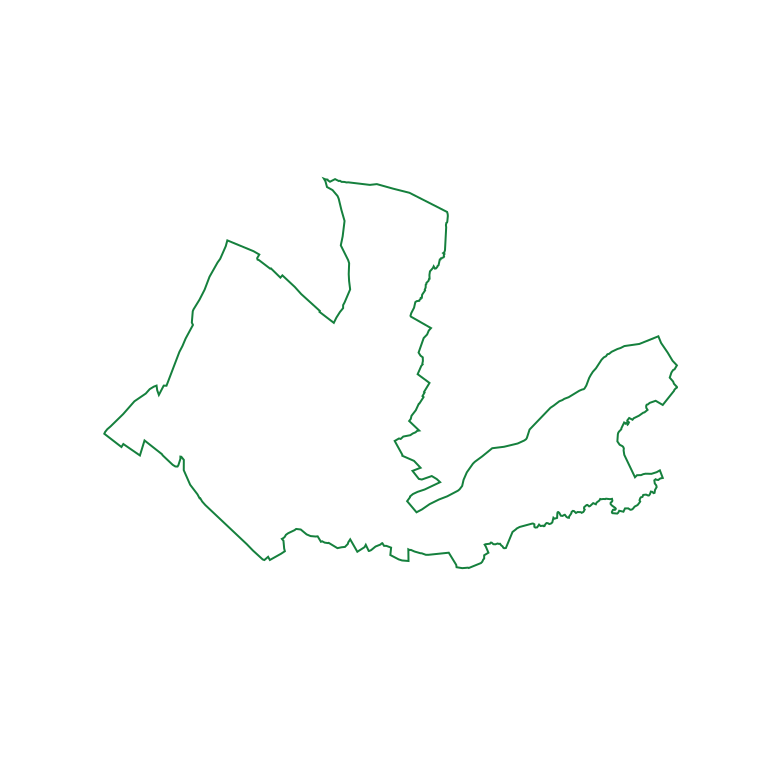 the district of Codaesti, Vaslui, Romania, rotated 67°
{"feature_id": "2599482B61991587301534", "entity_name": "Codaesti", "entity_type": "district", "adm_level": 2, "iso_a3": "ROU", "parent_name": "Romania", "parent_adm1": "Vaslui", "projection": "robinson", "projection_center": [27.774, 46.879], "detail": "fine", "context": "isolated", "style": "outline", "palette": "green", "viewbox_px": 768, "rotation_deg": 67, "n_neighbors": 0, "source": "geoboundaries", "source_scale": "gbopen_adm2", "svg_char_len": 6165}
<svg xmlns="http://www.w3.org/2000/svg" viewBox="0 0 768 768"><g transform="rotate(67 384 384)"><path d="M337.4,647.4L354.4,636.6L342.4,626.5L362.1,615.7L363.0,615.7L375.8,610.1L378.4,608.3L379.3,606.3L378.4,605.0L373.4,600.7L371.3,599.8L371.8,599.0L375.6,597.9L385.1,602.0L401.0,601.8L412.7,598.8L417.2,598.4L417.3,597.8L421.1,597.3L425.6,595.8L477.8,572.9L486.1,569.7L498.1,564.2L499.3,562.9L497.8,558.2L501.4,557.8L500.0,545.0L499.2,540.6L496.5,540.2L489.0,537.8L486.7,538.5L486.5,536.7L486.0,535.2L484.5,533.2L483.9,530.5L483.6,523.5L483.1,521.5L485.4,517.5L492.2,514.0L495.3,511.0L497.7,506.5L498.3,504.6L504.6,503.7L504.6,502.4L506.8,500.6L508.6,497.7L508.6,497.0L516.9,491.0L517.7,486.9L518.7,483.6L517.1,479.8L515.8,478.8L513.8,475.8L528.0,474.1L526.6,465.7L524.9,463.6L531.7,463.3L531.9,462.8L531.9,460.8L530.3,455.3L530.4,450.0L529.8,448.3L529.9,447.7L533.0,447.2L533.9,445.1L537.4,441.4L543.9,445.0L551.2,439.0L553.5,436.3L556.5,430.6L545.7,426.2L546.9,425.2L547.2,424.1L550.1,421.4L554.0,416.6L554.6,415.4L557.6,412.2L558.6,409.8L564.6,390.3L578.7,388.2L581.0,388.8L584.1,383.9L585.9,378.4L586.5,377.9L586.7,364.7L586.0,363.0L584.4,361.3L583.8,360.0L580.8,358.7L580.1,353.8L573.5,353.8L571.2,354.1L571.2,353.0L572.4,348.9L571.7,347.7L572.1,346.9L574.2,345.9L575.1,344.1L575.2,341.8L576.1,340.7L576.4,339.6L578.3,339.2L579.8,338.3L581.2,338.2L582.1,337.6L582.6,335.9L570.4,323.5L569.2,318.9L568.9,318.5L568.6,315.0L570.4,302.0L570.9,301.1L571.9,300.4L574.2,301.4L575.3,300.8L575.8,299.0L574.0,296.2L575.9,295.4L576.6,292.8L577.2,292.7L577.5,291.8L576.3,290.5L575.5,288.8L576.1,287.6L577.5,286.6L577.7,284.9L577.2,283.2L573.3,280.3L574.6,279.7L574.9,277.0L570.5,274.8L569.9,274.2L570.0,273.6L571.1,273.0L574.3,272.7L575.2,271.2L574.9,269.1L575.1,268.6L577.8,267.9L579.0,266.9L579.4,266.0L578.4,265.5L576.4,262.3L575.0,261.2L574.6,259.7L575.2,258.8L577.7,257.7L577.5,255.8L578.9,252.9L579.8,252.4L579.7,250.6L579.3,249.9L578.0,248.3L577.0,248.6L575.6,247.9L574.6,244.9L574.8,244.0L576.8,243.0L576.8,241.9L575.4,238.0L577.5,236.0L576.2,234.6L575.4,231.3L574.3,229.9L575.0,229.0L575.5,227.1L576.4,225.3L576.3,224.5L578.4,220.8L578.8,219.0L580.7,219.4L581.3,220.0L581.8,221.7L582.9,222.3L584.7,221.8L588.5,219.5L589.5,219.4L590.1,220.7L589.3,221.8L589.3,222.4L590.9,224.3L591.6,224.4L592.2,224.1L594.4,219.9L594.0,218.7L592.6,217.0L595.1,213.5L592.7,210.8L593.9,207.8L596.0,206.4L596.4,205.0L596.1,203.6L594.8,201.2L594.5,197.9L593.3,195.7L592.3,194.1L590.8,194.2L589.2,192.7L588.7,191.9L588.9,190.2L587.4,188.7L588.2,186.0L589.9,184.4L590.1,183.5L589.2,182.1L587.3,180.4L588.1,179.2L589.8,178.5L589.9,177.5L587.4,175.9L585.4,173.3L583.7,173.0L581.3,173.6L578.3,172.8L577.8,171.2L578.6,170.6L579.5,169.1L578.9,166.6L579.4,164.1L571.3,163.8L571.7,167.5L571.2,172.9L568.8,178.2L568.3,180.5L568.3,183.1L566.8,186.7L567.9,189.4L543.1,190.5L538.8,189.4L537.0,188.4L535.5,188.4L534.4,188.8L532.0,190.8L528.0,191.6L521.7,188.4L520.5,187.5L519.7,186.4L518.4,183.3L517.5,182.8L513.3,178.0L514.8,177.3L514.4,176.3L515.1,175.8L516.6,175.7L516.4,175.1L515.0,173.5L513.2,174.5L512.6,174.3L511.1,171.6L514.0,169.2L513.1,167.5L512.8,161.7L511.7,156.6L511.9,155.3L510.8,151.5L508.5,151.9L506.7,151.3L505.7,150.3L505.9,149.1L505.2,146.8L505.6,140.5L512.2,135.6L503.6,119.7L502.9,119.1L502.1,117.4L501.7,115.7L501.1,115.5L497.1,117.0L494.7,116.9L489.8,118.5L485.7,114.9L484.1,112.4L484.0,110.8L481.3,107.1L475.4,109.3L466.0,110.6L454.5,112.9L447.3,112.8L446.9,133.3L443.0,147.9L443.3,152.2L443.0,155.4L443.3,161.9L444.2,165.0L443.9,166.7L445.2,168.8L445.4,171.3L446.7,174.3L452.4,182.8L454.3,186.9L456.4,190.0L458.5,192.7L464.5,198.4L466.5,201.2L466.8,202.2L466.5,203.8L466.5,206.8L468.3,219.2L468.1,223.8L468.5,226.1L468.4,229.3L470.2,236.3L470.9,240.0L482.8,267.8L489.4,273.5L490.3,274.7L490.8,276.9L491.0,284.2L488.7,298.0L485.4,309.5L489.0,321.9L491.1,330.8L492.1,333.3L497.7,342.3L503.3,348.2L508.4,351.9L510.5,355.6L511.1,357.6L512.1,369.7L511.8,378.5L512.4,388.9L514.3,398.1L514.8,404.2L500.9,408.5L498.4,404.3L497.7,404.0L496.6,400.4L496.4,395.2L497.0,387.8L496.3,370.7L492.1,372.6L487.4,376.0L486.7,386.5L485.0,389.0L475.1,391.7L475.4,383.1L466.5,386.4L457.2,395.2L456.3,394.8L440.6,396.4L440.0,391.5L441.1,390.1L439.9,386.8L441.4,379.8L440.8,376.9L440.8,373.9L440.1,371.8L440.6,369.8L427.9,375.3L426.6,373.0L424.0,371.1L420.6,365.0L415.8,359.7L415.9,359.2L411.5,352.7L410.2,353.3L407.7,350.0L407.0,350.3L400.8,341.7L388.1,349.2L381.8,342.5L381.0,340.7L380.3,340.8L378.0,339.2L374.6,337.9L372.2,339.3L368.6,339.9L357.2,329.5L355.3,325.0L352.3,321.9L350.9,318.9L332.5,332.9L331.6,333.0L329.4,331.2L325.5,326.5L320.9,323.2L320.5,321.6L321.2,319.0L320.3,318.2L320.0,316.9L319.1,316.5L319.4,315.5L316.7,314.0L313.9,309.6L313.2,309.7L311.5,308.0L308.8,306.7L308.5,305.9L307.5,305.4L306.4,302.7L304.8,301.4L304.9,300.9L301.4,299.6L298.3,297.7L296.3,293.6L295.1,292.3L297.7,292.0L297.9,290.9L296.9,289.0L296.3,288.6L296.0,287.4L291.2,284.0L291.4,283.3L290.6,282.6L290.9,281.8L290.5,281.0L290.7,279.7L290.2,278.9L288.6,278.6L288.0,277.6L286.6,278.4L286.3,277.0L284.7,275.6L264.0,265.5L261.9,264.9L260.0,263.6L259.9,262.8L259.1,262.2L254.3,259.6L252.5,259.0L250.3,258.7L217.9,285.9L207.9,299.1L197.2,312.5L195.2,319.2L184.4,338.1L183.8,339.8L182.5,341.5L181.4,344.0L179.7,345.2L179.5,346.3L176.3,349.0L176.7,354.7L174.7,356.0L173.8,356.1L172.7,358.0L171.6,359.1L174.5,358.7L180.4,359.5L185.4,355.6L192.8,353.3L195.7,353.3L207.1,355.2L218.5,356.6L232.0,364.4L239.5,369.6L256.0,368.6L259.2,368.9L269.0,373.5L275.6,375.9L283.7,378.2L293.5,388.4L295.4,390.8L298.2,392.0L300.5,396.4L304.3,401.9L308.1,406.3L292.4,415.2L291.7,414.5L268.8,425.1L259.8,428.2L244.3,435.1L245.6,437.8L233.4,442.9L233.4,443.7L221.1,450.7L220.1,451.8L218.6,451.6L216.1,448.2L210.8,452.2L190.6,472.1L195.3,475.8L204.8,485.9L207.1,489.7L217.1,502.7L227.1,512.3L234.3,520.9L240.9,530.2L242.3,531.6L252.4,536.9L255.0,536.8L264.6,548.8L270.3,554.7L274.5,559.8L300.6,584.9L299.4,587.4L306.1,595.5L301.1,595.2L296.6,594.0L296.5,597.0L297.2,601.7L299.7,607.0L302.4,620.5L309.8,635.9L316.2,652.3L317.5,656.4L319.2,659.5L320.5,660.9L339.4,650.3L337.4,647.4Z" fill="none" stroke="#15803d" stroke-width="2"/></g></svg>